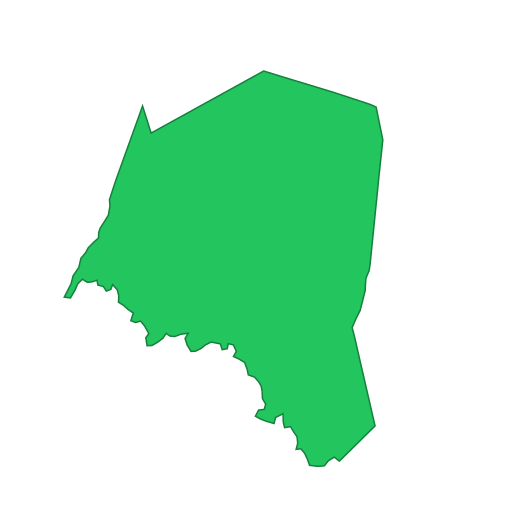 outline of Nossa Senhora Aparecida, Sergipe, Brazil, rotated 199°
{"feature_id": "56859067B5954289975540", "entity_name": "Nossa Senhora Aparecida", "entity_type": "district", "adm_level": 2, "iso_a3": "BRA", "parent_name": "Brazil", "parent_adm1": "Sergipe", "projection": "albers", "projection_center": [-37.498, -10.352], "detail": "fine", "context": "isolated", "style": "filled", "palette": "green", "viewbox_px": 512, "rotation_deg": 199, "n_neighbors": 0, "source": "geoboundaries", "source_scale": "gbopen_adm2", "svg_char_len": 1610}
<svg xmlns="http://www.w3.org/2000/svg" viewBox="0 0 512 512"><g transform="rotate(199 256 256)"><path d="M145.4,285.3L165.8,371.9L173.9,407.1L190.9,435.9L197.2,436.5L234.5,436.0L279.5,434.4L292.9,433.9L309.0,433.4L395.2,338.1L412.1,360.9L413.2,281.8L412.9,261.5L410.4,255.9L408.9,246.6L410.6,238.9L412.4,231.8L412.4,227.1L410.8,221.7L413.9,216.3L417.3,209.2L418.2,203.7L420.8,196.8L419.8,187.5L422.5,177.8L421.8,169.5L423.9,154.7L417.8,155.9L416.0,164.7L415.5,171.6L412.6,177.5L406.8,176.2L402.6,178.2L398.5,181.3L396.0,177.0L390.5,177.5L386.1,174.1L382.4,177.2L382.3,182.3L376.1,178.8L372.8,173.7L371.0,167.5L365.0,166.2L359.9,163.9L353.4,162.1L353.3,154.1L348.2,153.9L343.9,156.9L338.6,153.6L332.1,147.7L333.6,142.9L329.8,135.7L325.2,137.5L320.8,142.6L317.2,148.0L315.8,153.6L311.3,152.3L306.6,153.4L301.7,157.5L295.0,160.8L296.2,154.9L292.2,149.5L286.4,144.6L282.1,146.4L277.7,150.8L275.2,155.1L270.4,160.0L261.1,161.3L257.5,156.4L253.0,159.0L253.7,164.1L248.5,164.6L243.6,159.5L244.6,153.6L239.0,153.1L232.0,151.6L227.4,145.9L224.6,141.1L218.0,141.0L212.5,137.9L208.7,134.6L206.2,130.2L203.5,123.3L198.6,119.0L198.3,113.6L203.4,111.2L204.4,104.3L198.4,103.3L192.2,103.1L184.4,103.5L184.9,109.7L179.1,115.6L176.2,108.0L173.1,103.0L167.8,105.9L163.2,102.0L158.4,98.5L155.6,92.5L155.1,86.2L150.9,88.3L145.8,85.3L141.5,80.9L137.2,75.5L128.9,77.3L123.0,79.9L121.0,85.8L116.5,91.3L110.4,89.2L88.1,134.1L124.1,191.7L136.4,211.5L141.8,219.7L141.0,229.9L139.8,238.4L140.6,248.2L141.1,254.0L141.5,259.0L143.3,264.9L144.8,270.8L144.3,279.0L145.4,285.3Z" fill="#22c55e" stroke="#15803d" stroke-width="1.5"/></g></svg>